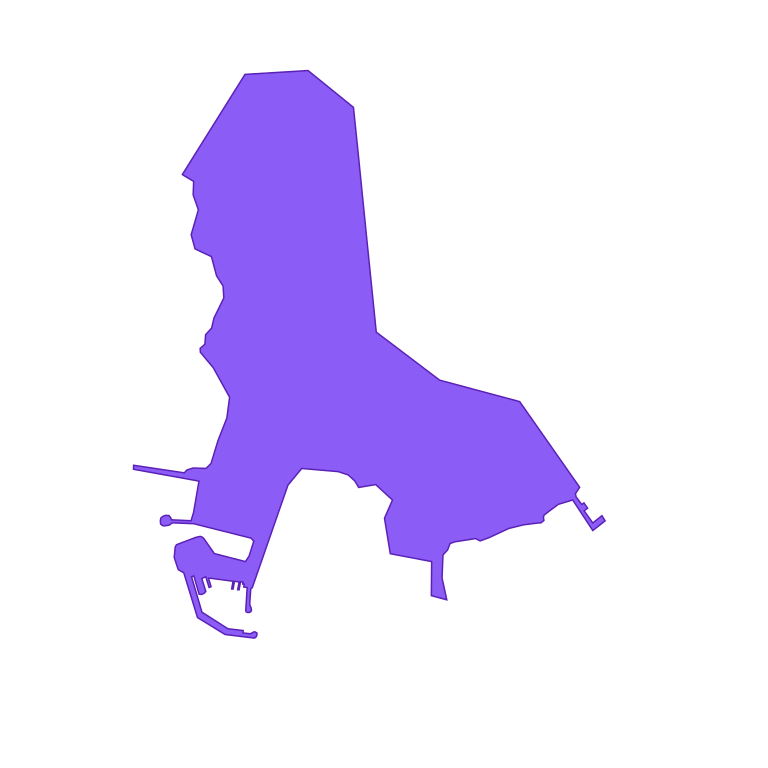 28, Qatar, rotated 195°
{"feature_id": "91078587B7560813116985", "entity_name": "28", "entity_type": "district", "adm_level": 2, "iso_a3": "QAT", "parent_name": "Qatar", "parent_adm1": "", "projection": "natural_earth1", "projection_center": [51.577, 25.289], "detail": "fine", "context": "isolated", "style": "filled", "palette": "violet", "viewbox_px": 768, "rotation_deg": 195, "n_neighbors": 0, "source": "geoboundaries", "source_scale": "gbopen_adm2", "svg_char_len": 2127}
<svg xmlns="http://www.w3.org/2000/svg" viewBox="0 0 768 768"><g transform="rotate(195 384 384)"><path d="M633.0,534.2L632.2,533.8L620.3,530.4L617.3,517.3L608.4,504.2L608.9,478.3L601.5,465.6L592.3,463.9L583.7,462.4L573.7,445.1L564.8,437.0L561.0,425.6L565.3,403.8L565.0,393.4L569.1,385.4L567.3,376.0L570.8,370.9L569.6,367.1L553.1,355.5L529.7,331.2L527.0,310.4L529.7,286.5L530.5,262.4L534.1,256.4L546.5,253.5L552.1,250.0L553.9,246.5L604.8,240.7L603.9,236.8L537.6,242.3L534.7,210.6L535.0,202.0L554.2,197.8L555.4,199.6L557.7,201.3L561.0,200.6L563.4,198.9L564.9,196.7L564.6,193.7L563.5,190.9L561.3,189.9L559.4,190.1L555.0,192.0L552.5,195.1L531.7,199.8L472.6,200.7L469.1,198.5L469.8,182.8L471.9,176.6L504.0,176.3L518.0,188.1L520.1,189.1L522.2,189.2L526.0,187.2L542.8,175.1L543.5,172.6L541.8,162.3L534.7,151.4L528.5,149.8L503.7,110.1L472.7,100.9L443.5,105.0L442.4,106.0L441.9,107.4L441.8,109.2L442.4,110.7L444.7,111.2L445.9,110.6L447.5,109.0L448.4,108.2L455.8,107.0L456.2,109.4L471.5,107.2L500.8,116.5L520.0,148.0L518.0,149.4L508.2,133.1L505.8,133.5L503.7,135.1L502.4,137.5L509.6,148.9L506.3,151.7L500.3,142.2L498.6,143.5L503.2,150.9L502.5,151.3L478.8,154.4L478.1,146.6L476.7,146.9L477.4,154.7L472.7,155.3L472.1,147.4L470.7,147.7L471.4,155.8L469.0,156.2L468.7,154.2L467.3,154.5L466.9,151.6L463.5,152.0L458.9,129.3L458.1,128.2L456.5,128.0L454.9,128.5L453.8,129.5L453.4,130.9L454.5,133.5L456.2,135.6L457.0,137.9L459.7,151.8L458.5,153.3L450.6,261.5L441.6,281.1L405.6,287.5L395.0,286.9L387.0,282.7L381.7,277.5L366.0,284.7L345.8,274.1L348.8,254.5L334.0,221.7L292.0,224.8L283.5,191.8L267.5,191.8L277.7,211.6L282.8,234.2L279.6,240.2L278.9,247.0L274.7,249.9L255.5,258.4L250.6,257.3L243.1,262.5L226.0,276.8L212.9,284.0L200.5,289.1L196.3,290.6L194.2,293.6L195.5,296.5L195.4,298.9L184.6,312.8L171.7,320.8L150.8,302.2L144.4,296.5L135.0,309.0L139.4,313.2L146.4,303.8L149.7,306.6L157.9,313.3L155.2,316.7L160.1,320.9L161.7,318.8L169.1,324.5L170.7,327.5L168.3,334.9L248.4,402.1L331.2,402.1L404.9,432.1L437.2,517.1L468.7,600.3L485.1,643.3L538.5,667.1L598.4,647.1L616.8,587.1L633.0,534.2Z" fill="#8b5cf6" stroke="#5b21b6" stroke-width="1.5"/></g></svg>